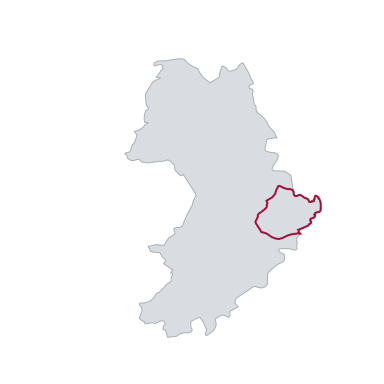 location of Siguiri within Guinea, rotated 58°
{"feature_id": "GIN-5657", "entity_name": "Siguiri", "entity_type": "Prefecture", "adm_level": 1, "iso_a3": "GIN", "parent_name": "Guinea", "parent_adm1": "", "projection": "natural_earth1", "projection_center": [-9.321, 11.681], "detail": "fine", "context": "in_parent", "style": "outline", "palette": "rose", "viewbox_px": 384, "rotation_deg": 58, "n_neighbors": 0, "source": "natural_earth", "source_scale": "10m", "svg_char_len": 5296}
<svg xmlns="http://www.w3.org/2000/svg" viewBox="0 0 384 384"><g transform="rotate(58 192 192)"><path d="M229.9,251.7L227.2,251.3L226.0,251.9L222.4,256.8L220.2,258.7L216.9,258.1L215.7,258.4L214.8,257.9L216.0,255.2L217.8,249.9L222.2,244.6L222.3,243.5L220.5,240.3L218.6,236.1L218.6,231.6L218.2,228.3L214.3,227.3L213.6,226.8L213.5,225.7L215.7,220.0L215.9,218.9L215.6,217.8L213.2,214.9L209.5,209.6L203.1,198.5L200.7,196.2L198.4,192.8L197.5,190.7L195.1,189.9L172.7,190.1L172.3,192.9L164.6,194.9L159.8,192.7L154.5,194.0L152.0,195.4L150.0,201.9L148.8,203.2L147.7,206.1L146.7,207.7L145.5,210.9L143.0,215.4L140.3,218.3L135.8,219.9L134.4,224.7L133.4,226.5L131.6,227.8L129.8,228.7L126.1,227.8L124.0,228.7L123.7,227.5L124.9,223.7L124.0,221.8L120.4,217.8L120.1,215.9L119.0,213.5L114.4,208.5L110.1,208.8L111.3,204.5L111.3,198.9L109.8,195.9L110.2,192.7L109.4,192.9L107.9,195.1L105.6,194.4L100.9,191.1L98.5,187.8L98.3,185.1L97.7,184.0L96.3,184.6L93.3,184.5L84.3,179.6L78.0,167.3L77.8,164.5L78.8,159.7L78.6,158.4L75.6,161.6L75.1,159.5L72.8,154.5L72.2,151.7L70.1,150.4L68.3,150.2L67.0,151.1L65.2,156.9L63.9,156.9L62.5,155.6L62.8,151.3L66.3,145.9L72.2,132.3L74.3,129.2L75.6,128.1L78.3,127.9L83.7,126.1L90.3,121.9L95.3,122.2L101.2,121.7L109.0,118.8L109.1,109.6L108.8,107.6L106.1,105.7L104.5,104.1L103.1,102.1L101.5,100.7L101.5,99.1L105.0,97.2L108.1,97.2L109.2,96.5L109.9,95.2L110.9,91.9L111.2,88.4L109.1,83.7L109.3,80.4L120.6,80.8L126.8,81.8L131.9,82.0L132.7,82.8L132.0,86.0L132.6,87.9L134.4,88.4L137.2,86.2L138.7,86.7L141.9,89.5L144.8,90.2L148.1,91.7L151.1,92.6L153.8,92.5L155.8,94.0L159.6,94.5L164.5,92.5L168.4,91.7L173.7,91.4L176.6,92.1L184.8,90.5L191.2,91.4L190.2,92.5L187.3,99.8L187.6,101.1L194.2,107.3L195.7,107.8L197.5,106.9L200.3,104.1L202.6,101.0L204.7,99.5L207.2,99.6L209.2,101.7L213.9,110.9L215.1,112.1L216.2,112.1L218.2,110.4L219.3,108.4L223.6,102.3L230.3,99.3L246.2,106.2L248.6,106.7L250.0,106.2L251.9,102.1L258.0,98.6L260.8,97.6L262.5,97.5L263.1,96.4L263.4,94.7L263.1,93.0L261.2,89.9L261.2,88.9L262.2,88.3L264.5,87.9L267.5,88.2L270.8,89.5L273.5,91.5L275.1,93.8L278.0,103.5L281.4,111.1L281.3,121.3L282.8,122.4L284.4,122.8L285.2,123.6L286.8,127.8L288.3,129.0L290.2,129.3L293.6,132.0L295.8,133.1L296.1,133.9L296.1,135.0L295.2,136.4L291.9,139.2L290.2,141.6L286.8,147.4L286.7,148.5L287.5,149.3L288.9,149.4L290.4,149.0L293.5,146.9L295.9,147.7L298.3,149.3L299.2,150.9L299.4,153.1L298.9,156.0L298.8,159.1L299.6,164.5L300.8,169.9L302.0,171.9L309.9,176.6L310.7,178.4L311.1,180.4L310.5,183.1L309.7,184.7L305.4,188.9L304.7,190.9L305.1,194.6L305.4,210.4L307.1,213.1L309.1,214.4L313.9,213.7L313.7,218.1L313.1,223.0L315.9,224.5L317.3,226.0L318.0,227.4L313.7,230.0L312.4,231.5L311.8,235.6L312.0,239.4L317.8,242.1L320.1,245.3L321.1,248.6L321.5,254.8L321.0,256.2L319.4,256.2L316.5,252.5L311.9,252.0L308.5,251.3L302.9,251.8L301.9,252.9L301.2,261.2L302.6,262.6L305.3,264.2L307.1,264.8L308.6,264.6L309.7,265.7L309.9,268.4L309.2,270.4L307.7,272.2L305.8,277.0L306.2,281.4L303.0,288.3L302.1,289.7L297.9,288.3L295.1,287.9L293.2,289.6L290.4,286.9L289.9,284.8L288.9,284.3L287.1,284.3L285.3,285.5L284.6,287.7L284.2,292.2L281.1,296.4L279.0,301.7L276.4,301.2L275.9,301.9L273.2,303.2L270.9,303.6L270.3,302.2L269.0,301.1L267.5,298.8L265.8,297.0L262.6,295.7L261.3,296.3L259.7,296.2L258.7,295.5L258.9,294.4L260.6,291.6L261.5,289.1L262.1,286.3L262.1,283.7L261.2,280.0L259.7,277.0L259.3,275.3L259.5,272.9L259.2,270.6L258.7,269.4L258.0,265.2L257.2,264.4L256.7,260.9L256.8,257.4L255.6,256.1L253.6,255.1L252.4,253.7L251.7,252.2L251.0,251.8L250.4,251.9L249.8,252.8L249.2,253.0L248.0,249.7L247.5,249.6L246.7,250.3L237.6,254.0L236.4,250.9L234.7,250.3L231.7,251.6L229.9,251.7Z" fill="#d9dde1" stroke="#a8b0b8" stroke-width="1"/><path d="M263.5,87.6L264.2,87.9L264.7,88.2L265.0,88.0L265.2,87.7L265.7,87.7L268.4,88.3L269.9,88.9L274.0,91.4L275.2,92.1L275.9,92.9L276.3,93.8L276.3,94.7L276.0,95.6L275.5,96.4L275.2,97.3L275.1,98.3L275.2,98.8L275.6,99.4L275.7,99.8L275.9,100.3L276.4,100.3L277.1,99.9L277.6,100.3L278.0,101.0L278.3,101.9L278.3,102.8L277.8,104.4L277.6,105.3L277.8,106.1L278.4,106.7L279.2,106.8L280.0,106.7L280.7,106.8L281.3,107.4L281.5,108.1L281.5,108.9L281.5,109.8L281.7,110.2L281.9,110.6L282.1,111.0L282.1,111.5L280.4,122.0L281.0,121.9L281.6,122.2L282.2,122.6L282.8,122.9L283.6,122.7L284.1,122.4L284.6,122.3L283.9,123.4L283.2,123.9L282.8,124.9L282.5,126.0L281.7,127.3L280.2,131.3L279.4,135.0L279.0,139.5L277.8,143.5L275.9,145.6L272.6,148.2L269.7,149.5L266.7,150.8L264.0,153.0L263.0,154.3L252.7,154.4L250.9,154.1L249.3,151.5L248.0,149.4L246.6,148.5L245.8,147.3L245.5,142.3L244.9,138.1L244.3,136.5L242.5,135.4L241.4,133.9L238.9,133.4L239.0,126.6L237.7,122.6L235.9,120.5L234.7,119.1L232.7,115.5L232.9,115.1L233.3,114.7L233.5,114.3L237.0,112.2L240.2,109.4L241.5,107.2L243.9,105.5L244.5,105.8L244.8,105.8L245.5,105.7L245.8,105.7L246.2,105.9L246.7,106.4L247.1,106.6L247.7,106.9L249.7,106.9L250.5,105.9L251.0,105.2L251.1,104.6L251.0,103.8L251.1,103.1L251.3,102.5L251.9,101.8L253.0,101.0L256.9,99.5L257.6,98.8L258.2,98.3L259.6,97.5L260.2,97.4L262.4,97.9L263.2,96.9L263.4,96.4L263.3,95.4L263.7,95.3L264.0,94.6L264.2,93.8L264.2,93.3L264.0,93.1L263.4,93.0L263.1,92.8L263.0,92.4L262.9,92.0L262.8,91.7L261.9,91.1L261.2,90.4L260.7,89.7L260.6,89.3L261.1,88.6L262.7,88.1L263.3,87.6L263.5,87.6Z" fill="none" stroke="#9f1239" stroke-width="2"/></g></svg>